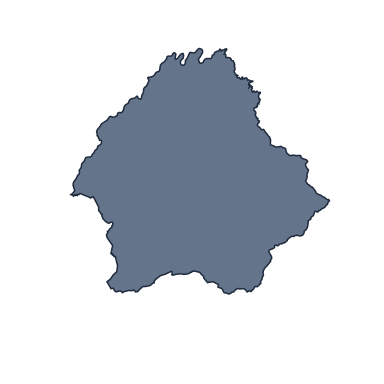 outline of Cali, Valle del Cauca, Colombia, rotated 225°
{"feature_id": "7082276B61798378462298", "entity_name": "Cali", "entity_type": "district", "adm_level": 2, "iso_a3": "COL", "parent_name": "Colombia", "parent_adm1": "Valle del Cauca", "projection": "albers", "projection_center": [-76.552, 3.411], "detail": "fine", "context": "isolated", "style": "filled", "palette": "slate", "viewbox_px": 384, "rotation_deg": 225, "n_neighbors": 0, "source": "geoboundaries", "source_scale": "gbopen_adm2", "svg_char_len": 6044}
<svg xmlns="http://www.w3.org/2000/svg" viewBox="0 0 384 384"><g transform="rotate(225 192 192)"><path d="M304.2,268.3L303.6,264.4L304.3,261.7L304.0,259.3L301.0,255.2L300.7,254.1L302.0,251.1L301.3,248.3L301.4,246.5L302.2,244.5L303.9,242.3L304.1,241.7L303.6,241.1L302.5,241.0L301.5,240.4L300.8,239.4L299.1,234.7L299.5,232.5L299.0,230.6L296.8,228.1L295.9,225.1L293.8,221.9L294.8,220.7L296.0,220.2L298.1,221.0L298.7,220.9L298.9,217.9L300.3,215.9L301.2,213.8L301.1,212.5L299.9,210.0L300.6,206.4L300.4,204.7L298.3,201.2L297.9,199.0L298.2,198.0L299.7,196.8L300.1,196.0L300.1,195.1L299.0,193.2L299.8,190.3L300.9,188.9L302.7,188.2L303.5,187.0L302.8,182.6L304.1,176.6L304.0,175.2L303.4,174.0L303.1,169.4L302.2,167.3L299.8,165.8L298.9,164.7L297.6,165.0L296.6,164.1L294.9,163.8L293.9,163.2L293.5,163.9L292.6,164.3L291.7,163.8L290.4,162.1L290.3,160.7L291.0,157.8L289.7,155.6L289.9,152.7L289.2,150.6L289.0,147.8L288.4,146.1L288.6,145.1L290.9,142.2L291.4,141.1L290.0,137.4L289.9,134.0L287.6,130.8L287.1,127.5L285.5,126.5L284.6,125.0L284.6,122.8L283.4,119.7L282.8,115.8L282.1,114.1L280.6,112.5L275.8,110.0L275.4,106.6L275.8,104.5L274.3,105.2L272.8,105.3L273.1,107.0L272.7,107.2L272.6,106.5L271.6,107.7L272.4,107.9L272.2,108.3L270.6,108.5L271.1,109.5L270.1,110.2L270.2,111.8L259.9,116.1L259.5,116.0L258.5,118.9L247.5,115.4L244.6,112.7L243.4,112.8L241.0,112.2L240.1,112.9L239.2,111.6L235.9,110.1L231.8,110.1L228.7,110.9L228.0,113.4L227.1,114.3L226.6,114.2L225.1,113.2L224.8,111.4L224.4,111.4L223.8,110.3L224.1,107.7L223.6,105.6L223.9,104.3L222.9,103.9L222.4,101.7L221.7,100.8L219.6,99.7L210.4,98.0L209.9,97.6L208.4,95.0L206.1,91.9L206.1,91.3L204.6,91.5L204.6,91.3L204.0,91.2L203.6,91.2L203.4,91.6L202.8,91.5L203.3,91.9L199.9,91.8L193.9,88.0L192.8,87.6L188.8,82.4L189.1,78.1L188.1,72.5L188.7,68.4L180.8,66.4L180.6,67.1L179.6,68.2L176.8,67.4L175.2,67.7L174.6,68.2L173.1,71.3L171.9,71.7L170.1,71.5L169.6,73.3L167.1,77.7L164.8,79.6L163.9,81.4L163.1,81.6L161.3,81.4L160.3,82.7L159.9,83.6L160.2,85.7L159.9,90.0L159.4,91.0L158.3,92.0L156.3,94.8L155.5,96.4L155.1,100.2L154.5,101.1L155.6,101.7L155.8,102.7L155.8,105.9L155.2,110.5L153.0,114.6L150.5,121.3L149.9,121.5L148.9,120.9L147.8,119.2L146.8,119.6L144.6,123.2L141.6,126.7L139.6,127.9L137.6,130.4L136.4,132.4L136.3,134.3L135.6,134.8L135.6,136.2L134.3,137.9L129.6,140.7L127.8,140.4L124.3,140.5L122.5,139.4L116.9,138.9L114.2,142.9L112.2,144.0L109.8,144.5L108.4,145.3L107.8,145.1L106.4,143.1L102.8,144.7L101.5,144.6L98.8,143.6L97.8,143.6L96.7,144.6L94.1,145.7L93.5,146.5L93.0,147.5L93.0,149.3L91.9,150.7L92.1,153.4L91.5,156.1L89.5,157.3L87.1,160.3L84.6,160.7L82.3,160.3L81.4,163.0L80.8,163.4L79.9,163.3L79.9,167.1L80.6,169.5L78.8,171.4L78.7,176.1L79.7,176.5L80.5,178.0L80.8,179.8L81.7,181.0L82.8,183.9L84.0,184.5L85.9,186.8L86.8,189.9L86.7,192.1L87.4,198.6L88.2,199.1L88.7,201.4L90.2,202.6L95.3,204.0L96.2,205.2L95.7,207.3L94.9,208.6L94.3,211.1L95.5,212.2L95.7,212.9L94.6,214.2L93.7,214.2L93.2,214.7L93.1,217.5L91.6,219.3L91.4,220.8L90.6,221.6L90.3,224.9L90.8,225.8L90.8,228.0L90.2,231.2L88.6,232.5L88.2,234.3L87.5,235.3L84.3,237.5L83.3,239.7L83.7,242.1L85.0,243.7L84.6,245.4L85.2,248.3L87.9,252.2L89.5,253.7L88.9,256.5L89.0,257.2L90.0,258.0L89.5,261.2L91.2,264.6L91.3,265.5L88.8,266.8L89.3,268.4L88.6,269.1L88.3,272.0L87.2,275.0L87.7,276.5L87.5,279.2L88.4,280.3L88.6,283.0L90.0,283.3L91.1,282.2L93.4,281.8L94.1,282.1L95.8,281.2L98.8,280.8L100.1,280.0L102.8,279.1L103.8,279.2L105.0,279.8L110.0,280.6L112.1,279.8L113.7,279.9L115.7,279.3L119.0,280.0L119.7,280.4L120.1,282.2L121.5,284.4L123.0,285.6L124.9,289.4L125.3,289.9L128.7,290.3L131.2,291.6L131.7,293.2L131.6,294.8L131.9,295.4L132.9,295.7L133.9,295.6L138.6,293.4L139.4,293.5L140.0,294.2L140.9,294.5L141.4,294.3L143.9,291.6L146.3,289.8L148.3,287.2L148.9,286.9L152.1,286.5L154.3,287.3L156.3,288.8L157.2,288.8L159.3,287.6L161.4,287.2L163.8,283.6L165.0,282.8L167.1,282.3L169.4,281.0L170.3,281.2L173.4,284.5L175.9,285.7L178.7,285.6L180.2,286.2L182.8,286.2L185.2,286.9L185.8,286.7L186.7,285.4L187.3,285.2L190.1,285.6L191.0,285.1L193.1,285.4L193.9,287.0L193.7,288.1L194.3,289.7L194.7,289.8L196.0,289.3L196.8,289.7L197.2,290.5L198.2,290.3L198.6,289.9L199.1,290.5L201.4,290.9L203.1,293.4L204.5,293.8L205.9,293.6L206.9,294.3L207.3,295.8L206.3,297.1L207.0,298.3L206.2,298.7L208.0,300.9L207.3,301.5L207.9,301.6L208.0,302.2L207.7,302.7L209.3,305.7L210.3,305.1L211.4,306.0L212.6,306.6L213.7,308.5L213.5,309.9L214.1,310.8L214.5,310.7L214.4,309.3L217.4,309.2L217.8,307.2L218.1,307.0L219.2,307.2L219.0,306.8L219.4,306.6L219.1,306.4L219.7,306.5L220.0,305.3L222.4,306.5L222.7,308.1L223.5,308.2L223.8,308.9L224.2,308.6L225.0,309.0L225.5,307.5L225.5,306.5L227.0,309.1L227.8,309.0L227.6,307.9L228.0,308.0L228.9,309.8L227.1,313.1L227.6,313.4L229.2,311.9L231.2,311.4L231.8,310.3L233.4,311.2L234.4,311.1L235.1,309.7L236.0,309.0L235.6,308.8L236.6,308.5L237.7,308.7L237.3,307.7L237.5,307.1L236.7,306.9L237.8,306.2L239.6,306.3L239.7,305.4L241.2,305.1L241.7,305.4L242.0,306.8L242.5,306.5L242.3,305.8L243.2,305.7L243.4,306.3L244.6,306.0L247.2,306.8L248.0,307.6L248.0,308.8L249.9,310.6L251.0,310.7L251.9,312.4L255.5,313.9L257.0,312.9L258.6,313.7L259.7,313.8L261.3,312.9L262.9,311.1L263.8,311.4L264.1,312.1L265.6,313.1L266.6,312.2L266.8,313.2L267.9,314.6L267.7,315.6L268.2,317.4L268.8,317.6L269.8,316.4L269.5,315.1L270.5,314.5L271.1,313.4L271.0,312.4L272.7,312.9L273.3,312.7L272.8,310.6L274.0,308.9L274.6,306.6L273.7,304.7L274.3,302.9L273.2,301.3L272.9,300.1L273.3,299.3L275.7,297.1L276.6,295.6L276.6,293.4L275.7,291.6L276.4,289.7L277.2,288.8L278.4,288.8L281.3,290.4L281.6,291.0L281.7,293.2L282.7,296.2L282.7,297.3L284.1,299.2L285.9,299.8L288.3,298.7L288.8,297.2L288.4,292.6L288.9,291.7L292.0,289.5L292.1,288.7L290.1,283.5L289.6,280.2L289.2,280.1L287.5,277.8L287.4,275.7L289.4,274.4L290.6,274.6L291.9,275.3L292.8,277.2L292.9,280.5L294.5,282.7L295.9,283.5L296.5,283.5L297.2,282.1L297.4,280.6L296.7,276.3L297.2,274.4L298.5,274.4L300.8,278.1L302.0,278.3L303.3,277.7L303.4,276.6L302.7,274.7L302.8,273.3L304.9,271.3L305.3,270.2L304.2,268.3Z" fill="#64748b" stroke="#1e293b" stroke-width="1.5"/></g></svg>